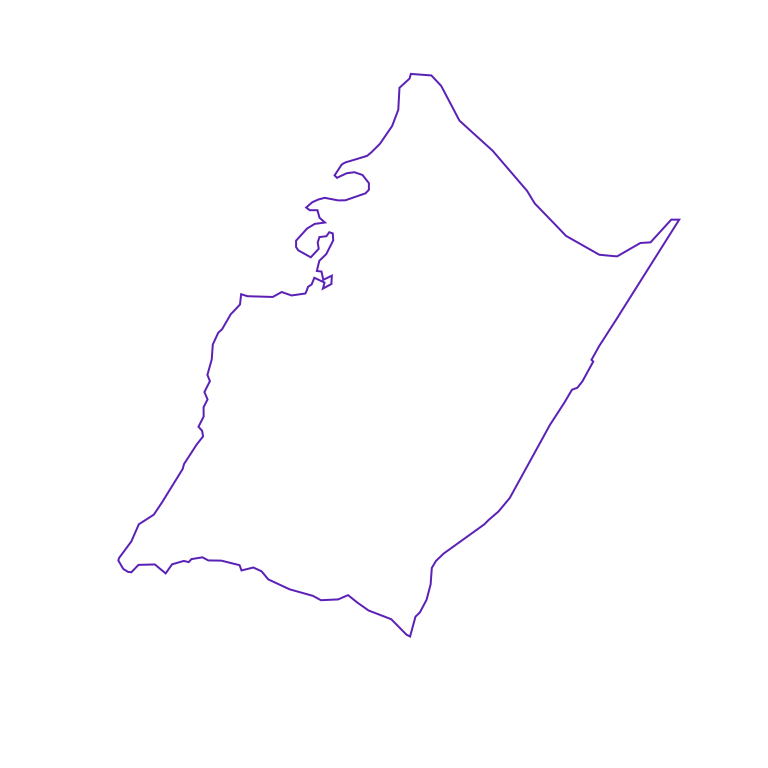 the district of Manatí, Puerto Rico, rotated 31°
{"feature_id": "32010507B74616121786134", "entity_name": "Manatí", "entity_type": "district", "adm_level": 2, "iso_a3": "PRI", "parent_name": "Puerto Rico", "parent_adm1": "", "projection": "equal_earth", "projection_center": [-66.506, 18.418], "detail": "fine", "context": "isolated", "style": "outline", "palette": "violet", "viewbox_px": 768, "rotation_deg": 31, "n_neighbors": 0, "source": "geoboundaries", "source_scale": "gbopen_adm2", "svg_char_len": 2175}
<svg xmlns="http://www.w3.org/2000/svg" viewBox="0 0 768 768"><g transform="rotate(31 384 384)"><path d="M474.0,585.1L487.4,586.1L511.4,581.9L532.3,587.3L536.4,587.0L530.8,567.2L532.4,561.3L531.6,546.9L527.1,531.6L519.7,517.0L519.7,508.8L522.5,498.5L542.3,452.5L543.7,446.7L547.8,434.3L550.5,416.9L547.3,333.5L548.2,307.2L548.1,292.1L551.7,287.6L552.7,279.4L551.8,257.0L549.4,256.4L548.9,240.5L549.9,208.1L550.2,192.6L552.4,91.1L546.5,94.6L545.6,95.1L539.5,125.3L531.1,131.1L518.1,154.5L515.4,155.9L502.0,162.3L463.8,163.3L463.7,163.3L451.7,160.0L420.2,151.6L408.6,145.5L407.2,144.8L402.8,143.3L402.7,143.3L384.4,137.2L357.6,128.3L357.5,128.2L337.2,124.2L329.0,122.6L326.2,122.0L313.1,119.4L310.2,117.7L299.1,110.9L295.6,108.8L281.6,100.3L279.4,99.0L272.7,97.1L265.7,95.1L247.7,104.2L247.3,104.4L248.6,109.1L244.7,122.1L255.0,141.6L258.1,158.7L256.8,180.2L253.8,192.1L252.0,197.2L237.0,213.7L235.8,215.5L234.7,217.9L234.2,230.6L237.5,231.5L243.5,222.5L249.6,217.7L257.9,215.9L267.6,219.6L271.0,225.3L270.0,230.0L256.3,246.4L250.2,250.2L237.2,255.0L232.6,259.8L228.9,265.1L226.4,272.8L230.8,273.3L237.4,269.3L243.1,274.7L250.2,276.0L242.1,282.5L238.0,290.3L234.8,306.4L238.1,311.9L241.8,313.6L256.0,313.1L258.4,301.7L254.3,296.9L253.0,291.3L258.5,287.0L258.9,282.1L262.5,281.3L266.5,287.0L267.6,302.5L265.1,311.7L268.2,321.7L272.5,319.8L278.3,326.0L283.5,318.0L287.4,325.4L282.5,333.7L280.8,327.7L269.6,328.8L270.7,336.0L268.8,339.9L269.6,343.4L270.0,346.7L270.0,346.9L259.2,355.7L248.9,357.9L243.8,366.7L221.7,379.1L215.3,380.6L219.6,390.0L217.9,398.1L216.7,403.1L217.0,420.5L215.5,425.4L216.9,438.3L223.7,451.7L227.9,467.1L233.3,471.2L234.2,483.4L240.7,488.1L241.3,496.8L246.2,504.8L247.0,516.2L252.2,517.8L255.9,522.1L254.6,532.5L253.8,555.5L255.2,560.6L254.7,599.5L254.0,614.5L246.1,630.5L248.5,649.1L246.5,669.9L247.3,672.2L255.8,676.8L261.3,676.9L264.4,675.5L266.7,665.5L280.5,656.7L294.4,658.8L295.2,647.7L303.5,638.8L308.4,637.2L309.1,633.3L317.6,626.1L324.3,625.7L335.5,619.2L353.5,613.7L357.9,617.2L366.5,608.6L375.5,607.6L385.5,611.1L408.9,608.6L432.3,602.2L441.3,601.8L455.6,592.3L461.9,583.5L474.0,585.1Z" fill="none" stroke="#5b21b6" stroke-width="2"/></g></svg>